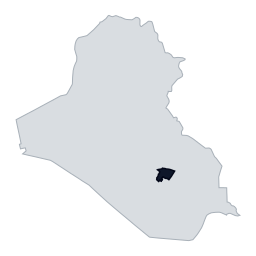 Al-Rumaitha, Al-Muthannia, Iraq (highlighted)
{"feature_id": "34846034B72933378732296", "entity_name": "Al-Rumaitha", "entity_type": "district", "adm_level": 2, "iso_a3": "IRQ", "parent_name": "Iraq", "parent_adm1": "Al-Muthannia", "projection": "albers", "projection_center": [45.302, 31.497], "detail": "fine", "context": "in_parent", "style": "filled", "palette": "ink", "viewbox_px": 256, "rotation_deg": 0, "n_neighbors": 0, "source": "geoboundaries", "source_scale": "gbopen_adm2", "svg_char_len": 4846}
<svg xmlns="http://www.w3.org/2000/svg" viewBox="0 0 256 256"><path d="M99.9,22.2L102.0,21.7L106.0,18.6L108.3,15.6L109.0,15.4L111.1,16.4L112.5,16.7L115.9,15.6L117.9,16.3L119.6,17.1L120.5,17.1L125.0,19.1L126.2,19.4L128.5,19.6L132.0,19.8L134.2,18.6L135.8,17.4L137.0,17.4L138.0,17.7L138.9,18.3L139.7,19.2L140.0,20.4L139.9,24.5L140.2,25.6L140.8,26.4L141.6,26.5L142.5,25.6L144.2,24.4L146.3,23.0L147.8,21.7L148.7,21.2L150.0,21.3L151.4,21.5L152.1,22.1L152.1,22.3L152.8,24.3L154.6,31.4L155.6,32.3L156.8,33.1L157.6,34.1L157.9,35.2L157.8,36.9L157.8,38.8L158.3,40.3L159.0,41.4L159.6,41.9L160.6,42.0L161.7,42.3L162.4,43.4L164.8,51.5L165.1,52.6L166.1,52.9L167.8,52.8L169.5,53.6L171.3,54.9L173.0,57.4L174.2,57.8L177.9,57.4L182.8,57.8L185.2,59.0L184.9,59.8L183.2,60.7L180.0,61.8L179.1,63.5L178.6,65.8L178.7,67.1L179.4,68.5L181.7,71.3L181.8,72.3L182.3,73.7L182.7,74.6L182.2,76.5L180.2,77.8L177.5,79.2L172.1,85.5L171.7,86.8L171.8,90.5L171.3,91.5L169.5,91.5L168.2,91.3L168.1,92.6L167.3,94.3L166.8,95.8L168.8,99.4L169.2,101.2L168.9,102.9L167.0,105.9L165.9,107.9L166.2,108.3L167.6,109.1L172.2,115.5L173.6,117.8L175.5,117.2L176.2,117.2L176.8,117.6L177.2,118.4L177.2,119.3L176.7,120.8L179.1,121.4L180.0,122.8L182.9,127.9L182.8,129.3L181.4,131.7L181.5,133.3L181.7,134.7L182.2,135.2L186.4,135.4L188.2,135.9L192.6,138.5L197.7,142.4L201.8,145.5L205.4,148.2L209.1,148.0L210.1,148.5L211.1,149.3L212.2,151.6L214.5,156.6L216.3,158.3L219.2,162.3L222.0,166.1L220.3,171.4L218.7,176.9L218.9,183.9L219.0,187.7L222.6,187.7L226.7,187.8L226.8,192.3L227.0,196.8L227.1,202.0L228.3,202.2L230.2,203.3L231.1,204.9L232.2,205.8L233.4,205.9L234.6,206.7L235.9,208.2L236.4,209.3L236.1,210.1L236.3,211.4L237.2,213.3L238.3,214.2L239.9,215.3L237.8,216.0L235.4,215.6L230.4,213.4L228.8,213.4L226.7,214.3L226.6,215.1L221.3,212.7L219.3,212.2L218.7,212.2L215.6,212.3L211.4,212.8L208.8,213.9L207.1,215.0L206.3,216.1L206.0,216.7L204.7,219.9L203.2,224.0L201.6,227.7L198.4,232.8L196.7,235.2L192.9,239.7L188.8,240.6L179.1,239.8L168.4,238.9L157.8,238.0L149.9,237.2L149.3,237.0L141.5,230.6L135.4,225.6L127.8,219.2L120.1,212.8L112.3,206.2L106.7,201.4L99.9,195.2L93.7,189.5L88.9,185.0L82.6,181.1L77.8,177.9L70.7,173.4L65.1,169.7L60.2,166.5L52.9,161.7L50.4,160.3L42.6,158.5L35.3,156.8L27.6,155.1L22.6,153.9L26.1,150.9L25.3,147.9L22.8,148.3L20.5,148.9L19.4,144.3L21.1,143.8L19.9,137.8L18.6,131.7L17.3,125.7L16.1,119.7L22.7,116.2L27.6,113.6L34.5,110.0L41.1,106.4L47.4,103.0L54.3,99.3L60.5,95.9L66.0,94.7L67.2,93.6L69.9,88.7L72.2,84.5L72.4,83.6L72.6,77.6L73.2,70.5L74.1,66.8L75.4,63.5L76.6,61.1L76.8,58.9L76.8,56.6L75.7,53.0L74.7,49.4L74.9,45.9L75.2,44.0L76.1,41.0L77.4,38.9L78.8,37.6L84.0,36.4L87.0,35.6L91.2,31.9L93.7,29.7L97.1,26.1L99.6,23.5L99.9,22.6L99.9,22.2Z" fill="#d9dde1" stroke="#a8b0b8" stroke-width="1"/><path d="M161.7,168.9L161.4,169.0L160.8,169.1L160.4,169.2L159.5,169.3L158.9,169.4L158.6,169.5L158.4,169.5L158.2,169.5L157.8,169.6L157.7,169.7L157.5,169.8L158.1,170.2L158.8,170.8L159.0,171.0L159.3,171.1L159.5,171.3L159.7,171.5L159.7,171.8L159.7,172.0L159.6,172.4L159.5,172.6L159.4,172.8L159.4,173.0L159.3,173.3L159.3,173.6L159.2,173.8L158.9,174.0L158.5,174.1L158.4,174.5L158.3,175.0L158.2,175.6L158.1,175.9L158.0,176.1L157.8,176.5L157.7,176.7L157.6,176.9L157.4,177.1L157.2,177.3L156.9,177.6L156.9,178.3L156.8,178.5L156.9,178.8L156.8,179.0L156.8,179.3L156.7,179.7L157.5,180.4L158.1,181.0L158.7,181.5L158.8,181.4L159.1,181.0L159.3,180.6L159.4,180.4L159.5,180.2L159.7,180.3L160.0,180.5L160.0,180.4L160.0,180.2L160.3,180.1L160.3,180.4L160.4,180.7L160.6,180.8L161.0,181.1L161.3,181.2L161.4,180.8L161.1,180.4L161.3,180.3L161.6,180.0L161.7,179.9L161.9,180.0L162.1,180.1L162.3,179.8L162.4,179.3L162.1,178.8L161.7,178.6L161.7,178.4L161.6,178.2L161.8,178.0L162.1,177.8L162.4,177.5L162.6,177.3L162.7,177.0L163.0,176.9L163.3,176.9L163.6,176.9L163.8,177.2L163.8,177.5L164.1,177.8L164.4,177.9L164.6,178.0L165.0,177.9L165.2,178.1L165.6,178.4L166.1,178.4L166.5,178.4L166.8,178.5L167.3,178.5L167.7,178.7L167.9,178.9L168.1,179.2L168.4,179.4L168.7,179.6L168.9,179.7L169.0,179.6L169.2,179.2L169.5,178.9L169.7,178.6L169.9,178.2L170.2,177.9L170.4,177.6L170.7,177.3L170.9,176.9L171.2,176.5L171.6,176.0L171.7,175.7L172.0,175.3L172.2,174.9L172.5,174.5L172.8,174.0L173.0,173.6L173.3,173.2L173.6,172.8L173.8,172.4L173.9,172.2L174.2,171.8L174.3,171.5L174.4,171.4L174.6,171.1L174.1,170.9L173.5,170.7L172.9,170.5L172.4,170.3L172.1,170.2L171.9,170.1L171.5,170.0L171.3,169.9L171.0,169.8L170.9,169.8L170.7,169.7L170.3,169.6L170.1,169.5L169.7,169.4L168.9,169.3L168.7,169.2L168.3,169.2L167.9,169.1L167.6,169.1L167.2,169.1L166.8,169.1L166.6,169.1L166.4,169.0L166.1,168.9L165.8,168.8L165.6,168.7L165.4,168.7L165.2,168.6L164.8,168.5L164.5,168.5L164.4,168.5L164.0,168.4L163.7,168.4L163.0,168.3L162.7,168.3L162.4,168.2L162.3,168.4L162.3,168.6L162.1,168.8L161.8,168.9L161.7,168.9Z" fill="#0f172a" stroke="#020617" stroke-width="1.5"/></svg>